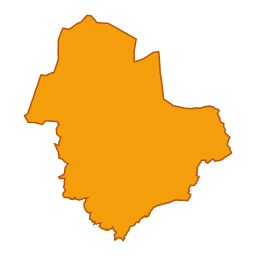 Agios Nikolaos Pafou, Paphos, Cyprus (Mercator projection)
{"feature_id": "46923920B40662832692624", "entity_name": "Agios Nikolaos Pafou", "entity_type": "district", "adm_level": 2, "iso_a3": "CYP", "parent_name": "Cyprus", "parent_adm1": "Paphos", "projection": "mercator", "projection_center": [32.759, 34.885], "detail": "fine", "context": "isolated", "style": "filled", "palette": "amber", "viewbox_px": 256, "rotation_deg": 0, "n_neighbors": 0, "source": "geoboundaries", "source_scale": "gbopen_adm2", "svg_char_len": 4010}
<svg xmlns="http://www.w3.org/2000/svg" viewBox="0 0 256 256"><path d="M24.7,115.4L24.4,115.8L24.9,116.6L27.1,120.1L27.9,122.2L28.4,122.2L32.4,122.6L34.4,122.4L42.3,124.5L45.7,120.7L57.3,121.6L59.0,124.7L56.3,128.6L56.7,134.0L60.9,137.8L58.8,142.5L59.2,144.9L58.8,145.6L54.7,143.9L56.1,147.2L57.2,149.6L58.5,151.8L58.7,155.0L59.1,156.8L59.0,158.0L62.9,159.5L64.1,161.3L67.9,163.7L65.1,167.8L64.3,174.2L58.6,177.1L58.8,177.3L59.8,178.6L64.6,178.3L64.4,181.2L64.4,184.3L63.6,187.3L64.7,188.9L65.5,190.6L63.3,192.9L63.0,195.3L64.1,197.3L66.9,197.6L69.3,197.9L70.0,197.9L70.4,199.1L71.0,199.1L72.6,199.4L73.6,199.3L73.9,197.9L74.8,197.4L75.4,199.0L77.5,199.4L79.2,200.1L80.1,199.8L83.8,198.5L86.2,197.9L87.4,197.9L85.9,199.0L85.5,201.1L84.3,202.9L84.2,204.7L84.2,205.6L84.3,207.2L84.9,208.1L85.3,209.7L86.5,211.2L87.5,212.0L88.2,212.9L90.8,212.5L90.1,214.2L90.0,215.3L90.2,215.9L90.1,216.2L89.8,217.2L89.6,219.0L90.1,219.1L90.8,219.9L92.3,220.4L92.5,221.1L92.2,221.8L93.1,221.9L94.1,222.0L95.1,221.7L94.0,224.2L95.0,223.6L96.4,224.0L96.6,223.9L96.9,223.8L97.9,223.5L98.5,223.5L99.7,223.2L100.9,223.0L99.2,226.5L101.0,227.6L101.6,228.5L104.5,229.2L104.9,229.3L105.0,229.8L106.7,230.1L107.4,229.3L107.9,230.0L108.4,230.1L109.6,229.3L111.6,228.7L112.6,227.1L112.8,227.3L113.4,229.5L114.5,231.0L115.9,231.7L116.4,232.4L116.1,233.1L115.0,233.8L114.4,234.6L114.3,235.7L115.2,237.8L114.5,239.7L115.1,240.1L117.3,238.4L118.6,237.6L120.0,238.0L121.7,238.6L123.1,240.6L124.6,238.5L124.7,237.8L124.1,237.5L124.5,236.2L125.3,235.6L126.3,234.2L126.9,232.8L127.8,231.6L128.5,230.7L129.2,229.7L129.5,227.6L130.3,226.5L131.9,226.1L134.6,225.0L135.4,223.6L136.1,222.3L136.5,221.9L138.2,222.5L138.9,222.4L139.6,220.9L139.8,220.1L140.1,219.4L141.4,218.2L141.8,218.0L142.0,218.2L143.0,217.4L143.7,216.8L144.3,216.6L144.5,216.3L144.6,216.7L145.0,216.8L145.5,217.1L145.8,216.2L146.3,215.9L146.5,216.2L147.2,216.6L147.4,216.4L148.1,216.3L148.6,215.8L148.9,215.2L149.1,214.4L149.1,213.9L149.4,214.1L149.6,214.0L149.9,213.3L150.1,212.6L150.2,212.1L150.6,211.4L150.9,210.7L151.2,210.5L151.3,210.1L151.8,209.8L152.4,209.0L152.9,208.3L153.1,208.0L153.4,207.5L154.1,207.3L154.8,207.1L155.6,206.4L156.6,206.0L157.2,205.7L157.8,205.3L158.9,205.4L159.6,205.1L160.4,204.9L161.0,204.6L161.8,204.3L162.7,204.0L164.8,203.8L166.2,202.9L167.8,203.1L175.5,199.9L180.0,200.3L184.3,200.3L187.8,200.6L188.1,200.0L189.8,197.3L190.8,194.8L187.9,192.7L188.7,191.8L189.6,190.5L188.5,188.9L190.6,185.4L194.1,185.5L196.4,182.9L197.1,180.9L197.9,180.2L197.7,178.4L199.2,177.0L196.4,174.9L197.3,172.7L196.5,171.6L197.3,170.4L197.5,169.2L196.9,168.3L198.0,166.2L199.7,163.6L201.7,160.3L205.4,160.2L205.9,162.5L207.7,162.7L207.9,163.1L209.4,161.9L212.5,159.0L214.0,159.8L214.8,161.3L216.9,160.9L220.9,160.1L222.9,158.9L224.6,157.5L225.7,156.9L226.7,156.3L231.6,153.0L229.8,149.4L229.8,147.5L227.4,145.6L227.8,142.4L228.5,140.1L229.9,137.3L227.4,135.0L224.9,132.9L225.1,129.7L223.7,126.7L223.8,123.5L220.8,122.2L219.7,120.4L220.0,118.4L218.6,116.2L217.4,113.5L218.9,111.3L219.1,110.8L218.1,109.4L215.3,108.8L213.0,106.8L210.8,106.7L209.7,105.9L207.9,106.5L205.2,106.5L202.5,107.5L200.5,108.2L198.1,108.1L196.0,107.8L192.3,108.5L189.8,108.6L185.4,108.3L181.8,107.6L178.1,106.7L175.4,106.1L172.8,105.6L171.0,104.0L163.5,99.0L162.8,92.1L162.6,89.6L161.0,77.4L160.2,73.3L159.6,62.4L158.9,53.4L158.6,51.6L155.8,52.0L153.0,52.5L144.4,58.3L143.6,58.8L141.0,59.7L137.7,60.9L136.9,61.1L134.6,61.7L134.2,61.8L134.2,56.3L134.0,52.0L135.5,43.1L136.2,39.1L129.0,35.0L119.7,29.8L118.7,29.2L111.6,25.3L109.9,24.4L108.6,23.6L108.0,23.3L102.7,23.1L97.1,22.7L91.1,15.8L86.8,15.4L81.6,21.5L81.5,21.8L81.4,21.8L77.3,23.6L70.1,28.7L69.4,29.4L63.6,28.3L62.9,28.2L61.5,31.5L59.4,37.1L58.3,40.1L58.3,48.0L58.2,51.4L58.2,53.0L58.4,59.4L56.7,64.4L54.1,72.4L52.0,72.8L45.5,75.7L41.5,74.9L40.9,75.0L39.3,79.5L37.7,84.9L36.2,88.7L34.5,94.0L34.1,94.9L33.6,96.4L33.2,98.2L31.6,102.1L30.4,106.3L29.1,109.6L28.7,110.8L27.6,113.9L24.7,115.4Z" fill="#f59e0b" stroke="#b45309" stroke-width="1.5"/></svg>